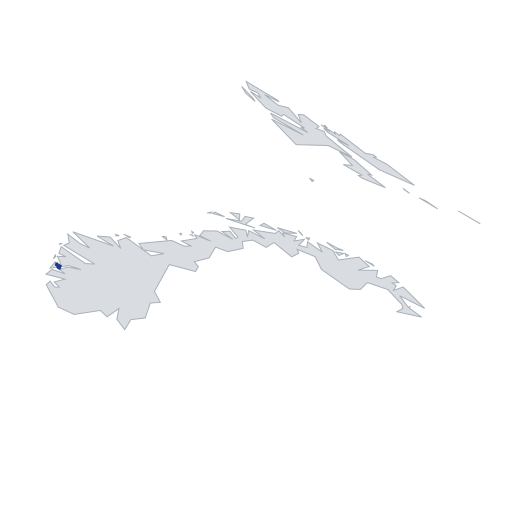 Tysnes nor, Hordaland, Norway (highlighted), rotated 32°
{"feature_id": "86288312B12130707961185", "entity_name": "Tysnes nor", "entity_type": "district", "adm_level": 2, "iso_a3": "NOR", "parent_name": "Norway", "parent_adm1": "Hordaland", "projection": "equal_earth", "projection_center": [5.536, 59.979], "detail": "fine", "context": "in_parent", "style": "filled", "palette": "blue", "viewbox_px": 512, "rotation_deg": 32, "n_neighbors": 0, "source": "geoboundaries", "source_scale": "gbopen_adm2", "svg_char_len": 6241}
<svg xmlns="http://www.w3.org/2000/svg" viewBox="0 0 512 512"><g transform="rotate(32 256 256)"><path d="M306.4,225.2L287.4,228.6L290.8,230.9L286.8,237.8L264.1,235.0L260.0,243.3L244.9,244.2L236.8,250.9L241.1,256.3L229.7,267.3L217.0,269.9L217.2,282.5L206.6,293.6L212.7,295.4L213.0,301.2L187.0,309.2L188.6,339.8L199.4,346.0L191.3,351.9L194.9,367.3L183.6,376.2L183.7,388.0L171.5,383.4L167.6,373.2L162.0,386.5L152.8,384.7L132.7,401.9L115.4,404.1L93.3,391.5L94.7,386.4L101.8,389.0L105.7,386.6L98.7,384.9L106.3,376.8L87.6,382.7L90.1,375.4L103.5,372.3L96.4,371.5L102.3,365.1L114.7,360.3L102.5,363.2L87.8,375.4L88.7,367.6L95.8,367.0L87.7,361.5L95.2,357.3L87.4,358.2L85.9,351.3L115.3,352.8L123.4,348.4L87.3,348.8L90.7,343.8L84.8,337.2L100.4,338.7L110.7,337.4L87.9,332.5L129.9,323.1L110.6,323.3L122.3,317.2L137.3,321.3L130.6,316.2L136.3,309.1L167.2,311.3L176.6,302.7L157.2,310.5L150.2,307.4L176.2,287.5L190.2,285.6L195.6,281.9L184.8,282.8L196.5,272.5L192.9,270.4L209.8,267.4L197.4,268.4L198.2,262.4L209.8,255.4L227.4,254.2L214.2,253.2L220.8,248.8L229.7,252.0L230.7,249.6L218.3,245.5L233.9,239.5L238.6,244.4L236.4,238.3L254.3,236.8L240.2,235.3L260.3,226.7L261.9,222.5L270.1,224.6L266.5,222.2L280.1,218.0L280.3,223.1L288.2,216.2L286.6,224.2L294.6,221.8L292.2,216.6L310.2,217.6L301.2,212.4L318.3,210.6L328.0,215.7L343.9,202.4L357.6,204.9L349.9,214.0L366.8,203.7L369.3,210.1L374.3,208.8L380.5,201.4L391.2,202.9L385.7,206.7L390.6,206.8L390.9,212.2L397.3,204.3L426.8,211.0L398.9,213.6L412.3,218.8L428.8,220.1L405.0,228.6L408.4,222.5L405.2,219.8L385.6,214.6L364.6,219.5L362.3,229.0L352.7,234.5L318.6,232.7L306.4,225.2ZM221.6,111.0L240.9,112.8L239.4,116.0L247.9,114.3L251.7,117.0L285.1,121.2L258.6,124.1L231.0,140.3L196.8,131.7L232.0,128.3L197.8,129.4L192.6,127.1L234.5,123.8L225.7,123.1L229.5,121.8L204.2,121.3L203.8,123.9L185.9,125.3L163.9,119.4L176.4,119.4L171.0,116.7L161.9,118.0L155.2,113.2L191.2,112.4L194.0,113.1L177.8,114.6L194.8,116.4L205.0,113.1L223.9,119.2L216.9,113.5L221.6,111.0ZM262.8,107.9L293.9,111.0L301.8,108.0L305.6,108.3L303.6,110.0L318.7,108.8L352.9,112.1L315.2,117.5L268.8,115.2L263.2,114.4L276.3,113.2L251.6,113.1L245.8,111.9L252.9,111.1L241.5,110.3L258.6,110.5L256.4,109.0L263.3,109.7L262.8,107.9ZM288.0,122.3L311.1,126.1L307.3,127.5L329.5,129.5L304.8,133.8L300.2,133.5L302.9,131.3L281.6,132.2L289.7,128.1L271.5,123.3L288.0,122.3ZM230.1,234.9L240.4,232.8L210.5,240.1L225.4,234.1L225.7,228.3L234.0,225.1L230.1,234.9ZM245.4,224.0L259.6,223.5L243.3,227.9L245.4,224.0ZM259.0,220.7L278.6,215.2L268.6,221.0L259.0,220.7ZM154.1,119.8L169.7,123.7L173.4,125.4L161.2,123.4L154.1,119.8ZM219.9,228.9L222.9,234.1L211.4,232.8L219.9,228.9ZM327.1,204.9L319.8,208.4L308.6,206.9L321.1,206.2L327.1,204.9ZM329.0,207.4L326.1,211.6L321.3,210.4L329.0,207.4ZM197.7,240.5L208.6,239.3L196.9,242.8L197.7,240.5ZM428.3,109.9L403.7,110.6L429.1,109.8L428.3,109.9ZM370.7,119.3L385.1,119.8L363.4,120.2L370.7,119.3ZM351.0,202.1L359.0,201.2L361.8,202.0L351.0,202.1ZM334.1,206.4L332.9,208.6L330.3,206.7L334.1,206.4ZM292.0,212.4L292.2,214.7L288.9,213.9L292.0,212.4ZM264.9,161.3L264.2,163.1L260.1,161.6L264.9,161.3ZM353.1,121.5L346.4,121.3L345.7,120.8L353.1,121.5ZM169.7,287.4L172.0,289.6L165.8,289.1L169.7,287.4ZM278.0,212.0L282.3,212.8L284.8,214.1L278.0,212.0ZM245.7,108.8L248.7,109.6L244.3,109.3L245.7,108.8ZM139.2,307.4L132.2,307.7L139.5,306.4L139.2,307.4ZM129.3,311.2L126.7,313.1L125.5,312.1L129.3,311.2ZM195.2,243.4L191.7,245.3L195.4,242.1L195.2,243.4ZM86.5,362.4L85.7,365.7L85.1,361.4L86.5,362.4ZM190.1,270.8L188.4,269.1L190.6,269.2L190.1,270.8ZM413.6,216.7L413.1,218.5L412.8,218.2L413.6,216.7ZM192.2,272.4L188.2,272.8L193.0,272.0L192.2,272.4ZM180.8,276.3L181.3,278.0L179.4,277.5L180.8,276.3ZM84.6,348.6L82.9,350.6L83.3,349.0L84.6,348.6Z" fill="#d9dde1" stroke="#a8b0b8" stroke-width="1"/><path d="M95.5,367.7L95.3,367.8L95.5,367.9L95.5,368.0L95.4,368.0L95.4,367.9L95.2,367.8L95.3,367.8L95.1,367.8L95.0,368.0L94.9,368.0L95.1,368.0L94.9,368.1L95.0,368.1L94.9,368.2L94.9,368.3L94.8,368.2L94.6,368.2L94.4,368.1L94.6,368.0L94.5,367.9L94.3,368.0L93.9,368.0L93.7,368.1L93.5,368.3L93.9,368.3L94.0,368.3L93.9,368.4L93.7,368.4L93.4,368.4L93.5,368.4L93.3,368.4L93.2,368.2L93.0,368.3L92.8,368.2L92.7,368.3L92.5,368.5L92.5,368.8L92.6,369.0L92.8,369.1L92.9,369.3L92.7,369.4L92.4,369.2L92.5,369.2L92.4,369.2L92.2,369.3L92.3,369.3L92.2,369.3L92.0,369.2L91.9,369.2L91.8,369.3L91.7,369.3L91.7,369.2L91.8,369.2L91.7,369.2L91.8,369.1L91.6,369.1L91.4,369.2L91.4,369.3L91.5,369.2L91.5,369.3L91.4,369.3L91.5,369.3L91.3,369.2L91.2,369.4L91.3,369.5L91.5,369.6L92.0,369.7L92.7,370.2L92.8,370.1L93.0,369.9L92.7,369.8L93.0,369.9L93.0,369.7L93.1,369.8L93.1,370.1L93.3,370.3L93.2,370.3L93.3,370.4L93.2,370.4L93.3,370.5L93.5,370.9L93.5,371.0L93.9,371.0L94.0,371.0L94.1,370.9L94.3,370.7L94.5,370.5L94.5,370.4L94.6,370.5L94.8,370.6L95.0,370.7L95.3,370.6L95.2,370.6L95.3,370.7L95.2,370.7L95.1,370.8L95.4,370.8L95.5,370.8L95.4,370.8L95.4,370.6L95.5,370.5L95.4,370.4L95.4,370.5L95.2,370.5L95.2,370.4L94.9,370.4L95.0,370.3L95.0,370.2L94.9,370.2L95.0,370.0L95.0,369.8L95.3,369.6L95.5,369.4L95.5,369.5L95.6,369.4L95.9,369.3L95.9,369.2L96.0,369.2L95.8,369.1L96.0,368.9L96.1,368.7L95.9,368.3L96.0,368.2L95.9,368.1L95.9,367.9L95.7,367.9L95.5,367.7ZM91.0,367.7L90.9,367.8L90.9,368.0L91.0,368.1L90.9,368.2L90.9,368.3L90.8,368.5L90.7,368.5L90.8,368.6L90.7,368.6L90.7,368.8L90.8,368.8L90.9,369.0L91.0,369.0L91.0,369.3L91.2,369.2L91.3,369.1L91.2,369.1L91.3,369.1L91.2,369.1L91.3,369.1L91.2,369.0L91.1,368.9L91.3,368.8L91.2,368.9L91.4,369.0L91.6,368.9L91.5,369.0L91.8,369.0L91.8,368.9L92.0,368.9L91.9,368.9L91.9,369.0L92.1,368.9L91.9,368.8L92.0,368.8L92.2,368.7L92.1,368.8L92.2,368.6L92.2,368.3L92.0,368.2L91.9,368.1L91.9,367.9L91.7,367.9L91.5,367.7L91.0,367.7ZM94.6,370.5L94.4,370.6L94.3,370.8L94.1,371.1L94.4,371.2L94.4,371.3L94.5,371.3L94.8,371.3L94.8,370.9L94.6,370.6L94.6,370.5ZM96.3,370.2L96.2,370.2L96.2,370.3L96.1,370.6L96.3,370.4L96.4,370.5L96.4,370.4L96.3,370.2ZM95.7,370.3L95.6,370.5L95.7,370.8L95.8,370.7L95.7,370.6L95.8,370.5L95.7,370.5L95.8,370.4L95.7,370.4L95.8,370.4L95.7,370.3ZM93.9,367.8L93.8,368.0L94.1,367.9L94.3,367.8L94.1,367.9L93.9,367.8ZM92.1,367.8L91.9,367.7L91.9,367.8L92.0,367.9L91.9,368.0L92.0,368.1L92.0,367.8L92.1,367.8Z" fill="#3b82f6" stroke="#1e3a8a" stroke-width="1.5"/></g></svg>